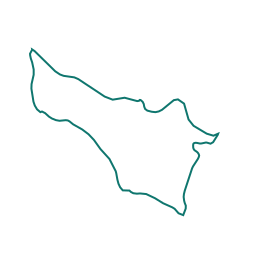 the Province of Carchi, rotated 348°
{"feature_id": "ECU-1409", "entity_name": "Carchi", "entity_type": "Province", "adm_level": 1, "iso_a3": "ECU", "parent_name": "Ecuador", "parent_adm1": "", "projection": "equal_earth", "projection_center": [-78.015, 0.766], "detail": "fine", "context": "isolated", "style": "outline", "palette": "teal", "viewbox_px": 256, "rotation_deg": 348, "n_neighbors": 0, "source": "natural_earth", "source_scale": "10m", "svg_char_len": 1446}
<svg xmlns="http://www.w3.org/2000/svg" viewBox="0 0 256 256"><g transform="rotate(348 128 128)"><path d="M50.6,31.3L52.6,33.3L68.6,57.4L72.6,61.5L75.9,63.6L86.0,67.3L89.5,69.8L111.7,92.4L118.9,97.1L131.0,97.7L142.6,103.6L144.4,103.7L145.3,103.0L146.1,103.2L147.8,105.5L148.4,107.9L148.3,110.4L148.7,112.9L150.5,115.0L154.5,117.0L158.1,118.2L161.5,118.2L165.0,117.3L178.6,110.3L182.8,110.4L187.9,115.8L189.0,132.3L192.6,139.5L203.8,149.9L210.0,153.3L215.0,152.3L214.4,153.3L208.3,159.6L205.5,160.5L202.1,158.7L201.2,158.4L196.5,158.4L195.0,158.1L192.3,156.9L190.9,156.5L189.9,156.5L189.1,156.7L188.5,157.3L188.1,158.5L187.7,160.9L187.9,162.3L188.4,163.5L190.3,165.5L191.1,166.6L191.6,167.8L191.8,168.8L191.9,169.7L191.2,171.1L190.0,172.7L183.6,179.1L182.3,180.8L170.5,201.1L169.0,204.2L168.1,207.0L167.8,210.8L167.9,213.0L168.4,216.0L167.7,218.8L163.9,224.7L159.7,221.9L156.8,216.7L154.8,214.8L146.7,208.9L139.8,202.3L132.1,196.4L126.1,194.5L123.1,194.1L119.6,192.9L117.5,191.1L116.4,189.5L109.9,187.9L108.0,184.4L107.1,180.5L106.9,176.3L107.1,169.7L107.0,167.7L103.4,154.4L96.7,142.9L92.2,132.6L88.1,125.9L82.9,119.9L75.1,113.0L72.2,109.4L70.7,108.1L68.7,107.4L62.5,106.7L59.1,105.3L56.8,103.7L55.9,103.2L53.1,100.5L50.0,96.2L47.3,94.0L45.6,94.3L43.5,91.6L42.9,90.8L41.5,86.7L41.0,82.6L41.7,69.4L42.8,65.0L46.8,56.3L47.9,51.2L47.9,43.9L47.4,39.8L47.4,36.6L47.6,35.0L50.6,31.4L50.6,31.3Z" fill="none" stroke="#0f766e" stroke-width="2"/></g></svg>